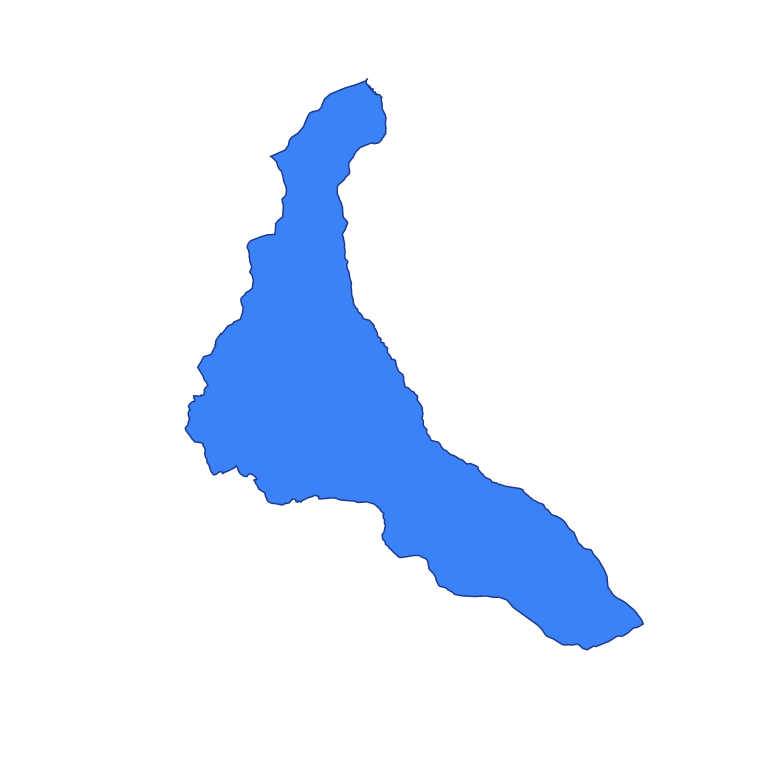 the district of Marga, Caras-Severin, Romania, rotated 348°
{"feature_id": "2599482B48275868518919", "entity_name": "Marga", "entity_type": "district", "adm_level": 2, "iso_a3": "ROU", "parent_name": "Romania", "parent_adm1": "Caras-Severin", "projection": "orthographic", "projection_center": [22.506, 45.504], "detail": "fine", "context": "isolated", "style": "filled", "palette": "blue", "viewbox_px": 768, "rotation_deg": 348, "n_neighbors": 0, "source": "geoboundaries", "source_scale": "gbopen_adm2", "svg_char_len": 6142}
<svg xmlns="http://www.w3.org/2000/svg" viewBox="0 0 768 768"><g transform="rotate(348 384 384)"><path d="M587.7,672.6L587.1,668.7L583.1,659.8L581.1,656.4L574.1,647.4L566.9,641.1L564.5,638.3L560.8,628.9L562.1,618.6L560.7,611.2L557.2,600.6L553.5,594.2L552.8,591.2L551.8,589.0L546.7,587.2L544.9,585.6L543.0,582.1L541.6,580.7L540.9,579.2L538.9,568.6L536.2,565.6L534.5,563.0L532.3,556.6L529.4,552.8L524.9,548.9L521.7,547.4L520.6,546.2L517.8,540.7L516.6,540.1L515.7,538.6L515.0,535.2L513.2,533.7L510.7,532.5L506.7,528.9L505.5,528.4L504.9,527.0L502.6,524.6L502.3,523.8L498.5,519.1L497.7,516.3L495.8,514.8L481.2,509.1L476.9,506.5L476.4,506.8L473.3,504.1L469.5,502.6L467.9,499.3L465.4,497.8L462.8,495.4L461.8,492.5L460.4,491.2L458.5,487.2L458.7,485.2L457.8,483.8L452.0,479.7L448.4,479.5L445.2,474.8L441.2,472.4L441.0,471.7L437.8,468.8L434.2,466.6L430.7,461.8L428.5,460.4L427.7,458.3L426.7,456.9L426.6,455.0L425.1,452.2L418.4,449.0L417.4,444.3L415.6,441.3L415.8,439.1L416.4,437.8L416.2,436.9L414.5,434.4L413.9,432.4L414.7,428.7L414.7,427.7L413.8,425.6L414.9,424.0L415.3,422.2L415.9,421.6L415.9,418.5L416.5,415.4L415.4,411.2L414.6,410.0L413.1,406.1L414.1,404.4L413.8,403.9L414.1,402.7L413.9,402.0L412.5,400.8L411.5,398.0L409.3,396.7L406.9,392.8L404.2,391.3L403.8,390.0L404.2,388.8L403.9,385.0L404.7,381.4L404.3,378.6L401.1,375.0L399.8,368.6L400.0,366.1L399.7,365.1L400.2,364.1L399.7,362.8L398.9,362.7L398.4,361.7L396.7,361.6L396.2,360.9L396.5,360.3L395.6,356.9L393.8,354.0L394.7,350.6L394.8,349.1L392.8,347.0L392.2,345.4L392.5,344.2L392.2,343.5L390.6,343.2L389.9,342.5L389.8,341.2L390.4,339.8L390.1,338.8L389.1,337.3L387.9,336.9L387.9,332.1L387.1,328.7L386.1,326.8L386.5,324.5L382.9,318.6L377.3,315.8L377.0,313.4L376.1,310.9L374.6,309.0L373.9,308.9L373.6,305.3L372.2,303.3L371.5,301.3L371.0,298.5L371.4,293.2L371.2,293.2L371.0,290.0L371.8,285.1L372.0,281.4L372.9,279.6L373.1,277.3L372.6,273.8L373.0,266.7L372.1,265.5L372.5,264.9L372.0,263.5L372.2,259.9L374.1,256.7L372.4,254.0L372.0,251.4L373.5,246.3L373.7,242.3L374.4,239.7L374.6,235.7L374.3,233.9L374.8,233.2L374.3,228.8L378.2,224.8L382.0,218.9L381.7,217.2L379.0,212.8L379.0,209.6L380.1,202.7L379.7,197.0L378.9,195.0L378.7,191.4L377.9,188.7L378.5,184.8L379.5,181.2L380.3,180.1L387.5,175.9L389.9,173.5L393.8,171.2L394.7,168.6L394.6,165.7L394.9,162.6L395.4,161.8L395.3,160.8L399.4,156.9L401.4,155.6L402.0,154.2L404.9,151.0L410.2,147.6L419.1,146.0L422.0,145.6L424.4,146.9L428.6,147.0L432.3,144.9L433.9,142.7L434.8,142.6L436.3,140.3L437.4,140.1L439.1,134.1L439.5,129.4L441.2,124.4L441.2,120.9L439.4,114.4L440.4,109.4L440.3,105.5L441.4,103.1L440.7,102.8L440.5,101.4L439.8,100.3L438.5,99.6L437.0,99.6L437.2,98.8L436.3,98.2L435.7,98.6L435.5,97.9L436.2,96.8L434.7,96.4L434.1,95.0L433.6,95.1L433.5,94.0L434.4,94.3L434.6,93.3L433.3,93.2L433.8,92.9L432.3,92.1L432.4,91.2L431.8,91.6L430.9,90.7L431.8,89.9L429.5,87.0L429.2,86.0L429.7,83.6L431.6,81.8L428.4,83.9L417.9,85.5L407.3,86.4L391.8,89.2L385.1,92.9L379.8,100.7L376.8,102.7L370.3,102.8L367.4,103.8L364.5,107.0L358.8,115.5L352.1,120.8L344.8,123.5L341.9,126.4L340.2,130.6L335.8,134.6L319.7,138.0L321.2,138.1L325.2,144.6L325.4,149.1L326.3,152.0L328.0,155.0L328.3,159.9L328.1,165.3L329.0,169.9L329.1,172.1L328.8,174.6L327.6,178.2L325.6,180.3L323.7,181.1L322.7,182.1L322.4,185.6L322.7,188.5L319.6,199.5L314.7,201.9L311.4,204.6L309.6,211.6L308.1,215.0L300.9,213.8L293.5,214.5L284.2,216.0L282.3,216.8L280.2,218.7L278.6,221.5L278.6,222.6L279.4,225.2L279.1,226.2L279.4,228.8L278.5,232.0L278.7,234.1L278.2,236.2L279.0,241.4L278.6,242.8L275.9,246.6L277.7,250.5L277.8,255.3L275.2,262.7L272.4,264.5L267.9,265.9L266.3,268.0L265.0,268.4L261.8,270.8L261.4,272.6L261.4,276.7L262.1,279.7L262.0,280.5L260.7,284.3L256.9,290.8L250.1,292.2L248.3,293.9L243.4,294.7L236.9,300.3L235.3,301.4L234.8,300.8L229.4,305.7L228.3,307.2L227.4,310.1L226.9,310.4L227.5,311.1L220.8,319.2L213.2,319.8L209.2,324.8L206.5,327.4L205.2,328.9L208.6,338.4L209.2,343.0L210.7,345.7L211.4,348.8L207.9,351.1L207.3,352.0L206.6,353.1L207.0,354.1L205.1,357.4L202.5,356.9L202.3,357.9L195.6,355.9L194.9,357.7L195.6,359.0L195.2,361.5L193.1,361.5L191.8,362.0L189.6,363.3L188.2,364.9L188.4,367.2L189.1,369.0L187.6,369.7L186.5,371.6L186.1,374.1L186.6,377.3L186.2,377.4L186.3,379.0L185.1,379.7L183.7,383.3L180.7,385.4L180.3,387.2L181.9,391.4L183.0,393.1L184.8,398.0L186.2,399.8L186.4,401.0L192.6,403.3L194.7,404.9L194.2,406.6L195.7,410.6L194.1,414.8L194.2,418.3L195.2,421.4L194.5,423.5L196.1,427.7L196.0,430.2L197.0,434.6L198.5,437.5L201.1,437.4L204.3,435.8L205.9,435.7L207.4,436.8L207.7,438.1L209.7,437.1L211.4,437.1L220.2,434.9L222.4,433.4L223.4,436.0L223.4,438.0L224.5,441.5L227.2,444.6L230.6,446.1L232.9,444.0L233.8,443.9L236.3,445.1L238.8,447.9L239.6,449.7L239.7,451.0L237.2,450.6L236.8,451.2L237.5,452.4L237.7,454.1L239.2,457.9L239.6,460.6L244.8,465.8L244.7,468.1L245.4,472.9L246.6,475.3L249.3,477.3L253.2,478.5L259.3,481.2L261.4,480.7L262.0,480.0L262.9,480.6L266.6,480.5L270.9,477.4L273.6,478.8L273.4,480.8L275.4,481.7L276.0,480.8L277.5,481.4L278.1,482.3L279.5,481.1L286.6,479.4L290.6,479.2L292.8,478.5L294.9,479.1L295.5,479.9L296.8,480.2L296.2,482.4L297.1,483.1L310.5,484.7L313.1,485.7L317.3,488.4L331.9,492.8L332.7,494.0L334.6,494.6L342.6,495.6L349.5,499.4L353.7,505.0L354.7,507.9L357.1,510.9L356.1,511.5L355.7,512.7L355.6,515.1L356.4,517.2L355.8,518.4L355.5,520.8L356.1,522.5L353.0,529.2L351.4,530.2L350.8,531.4L350.4,535.3L352.3,538.5L352.1,541.0L352.8,542.1L354.5,543.5L355.1,545.9L356.4,547.2L357.6,549.5L362.6,556.5L364.7,557.3L378.2,558.0L382.5,559.0L389.5,564.5L389.9,568.6L389.6,574.5L393.2,580.0L394.2,583.3L394.3,587.2L395.7,592.5L396.6,593.5L402.2,596.3L403.9,598.7L408.1,602.3L409.1,604.3L416.5,607.5L428.4,610.7L440.0,612.6L447.3,615.6L452.4,616.5L458.6,620.3L459.8,621.5L464.0,629.5L485.0,652.7L487.8,657.8L489.8,663.0L491.0,664.7L496.7,668.6L504.1,675.8L506.5,676.9L509.1,677.1L513.6,678.4L518.8,678.6L520.8,680.0L523.4,684.1L524.3,684.2L526.4,685.7L528.4,686.2L530.8,684.8L532.0,685.0L533.0,684.3L535.1,684.1L536.6,684.9L550.7,682.4L559.2,679.3L560.8,679.1L563.6,680.1L565.8,680.0L571.1,678.1L577.2,674.5L581.5,674.7L587.7,672.6Z" fill="#3b82f6" stroke="#1e3a8a" stroke-width="1.5"/></g></svg>